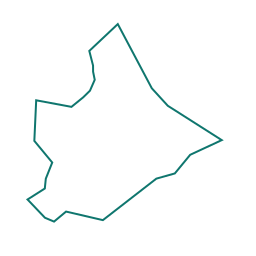 an SVG outline of Beltinci, rotated 187°
{"feature_id": "SVN-1039", "entity_name": "Beltinci", "entity_type": "Municipality", "adm_level": 1, "iso_a3": "SVN", "parent_name": "Slovenia", "parent_adm1": "", "projection": "mercator", "projection_center": [16.25, 46.606], "detail": "fine", "context": "isolated", "style": "outline", "palette": "teal", "viewbox_px": 256, "rotation_deg": 187, "n_neighbors": 0, "source": "natural_earth", "source_scale": "10m", "svg_char_len": 450}
<svg xmlns="http://www.w3.org/2000/svg" viewBox="0 0 256 256"><g transform="rotate(187 128 128)"><path d="M33.5,127.4L63.0,109.0L76.0,88.6L93.7,81.2L141.7,33.5L179.3,37.5L190.0,26.1L199.5,28.8L219.0,44.8L203.2,57.8L203.4,67.7L199.0,84.5L219.4,103.8L222.5,144.3L186.7,142.1L176.2,153.0L170.3,160.4L166.9,171.8L169.5,179.6L170.3,185.7L175.8,199.8L150.8,229.9L109.2,170.3L91.2,154.9L33.5,127.4Z" fill="none" stroke="#0f766e" stroke-width="2"/></g></svg>